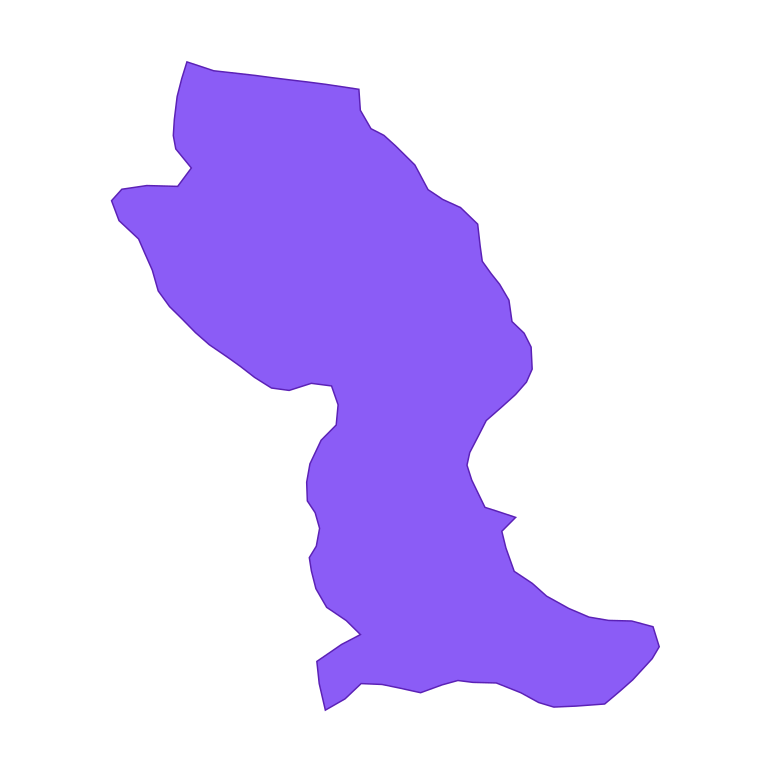 Nova Odessa, São Paulo, Brazil, rotated 88°
{"feature_id": "56859067B96263838287024", "entity_name": "Nova Odessa", "entity_type": "district", "adm_level": 2, "iso_a3": "BRA", "parent_name": "Brazil", "parent_adm1": "São Paulo", "projection": "natural_earth1", "projection_center": [-47.279, -22.782], "detail": "fine", "context": "isolated", "style": "filled", "palette": "violet", "viewbox_px": 768, "rotation_deg": 88, "n_neighbors": 0, "source": "geoboundaries", "source_scale": "gbopen_adm2", "svg_char_len": 1491}
<svg xmlns="http://www.w3.org/2000/svg" viewBox="0 0 768 768"><g transform="rotate(88 384 384)"><path d="M88.6,398.8L82.4,432.2L79.4,450.4L76.7,468.0L73.9,485.5L71.2,501.4L65.0,543.3L55.2,569.7L71.8,575.5L89.5,580.7L112.3,584.3L128.4,585.9L141.8,583.9L161.4,569.0L179.3,583.3L177.4,614.2L180.2,639.2L191.3,649.9L211.5,643.1L230.5,624.2L245.2,618.4L262.1,611.6L283.1,606.4L299.2,595.6L312.2,583.3L326.1,570.6L338.6,557.3L352.0,539.1L361.8,526.4L372.9,513.1L384.1,496.6L387.1,479.0L380.8,456.6L384.1,436.5L403.2,430.6L423.3,433.2L438.0,448.8L461.2,460.8L479.4,464.7L498.2,464.7L510.2,457.3L526.0,453.4L543.7,457.3L554.9,464.7L568.2,463.1L586.2,459.2L605.2,449.1L619.1,430.0L633.6,416.3L642.8,435.5L658.9,460.8L681.2,459.2L707.9,454.0L697.3,433.9L682.6,417.3L684.2,396.5L688.3,379.6L693.8,358.2L686.7,336.4L682.9,320.5L685.3,305.5L686.7,282.2L697.3,258.1L707.7,240.6L712.8,225.6L712.6,203.2L711.5,174.6L699.0,158.7L688.3,145.7L667.9,125.6L656.2,118.1L636.0,123.6L629.5,144.7L628.1,167.8L624.1,187.3L614.8,207.1L601.7,228.9L588.4,242.8L575.8,260.4L552.1,267.9L535.3,271.4L521.9,257.1L516.2,272.4L510.8,287.4L483.0,299.7L468.0,303.9L455.5,300.7L439.4,291.6L424.1,283.1L410.3,266.2L399.1,252.9L387.1,241.6L374.3,235.4L352.2,235.7L338.1,242.2L326.1,253.9L304.6,256.2L288.5,264.9L277.4,273.1L264.8,281.5L249.3,283.1L227.5,284.8L210.4,301.3L201.6,318.9L191.3,333.2L166.2,345.5L146.6,364.0L135.5,375.4L128.4,388.1L109.6,398.1L88.6,398.8Z" fill="#8b5cf6" stroke="#5b21b6" stroke-width="1.5"/></g></svg>